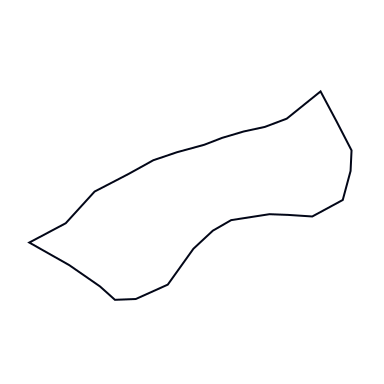 Galata, Nicosia, Cyprus (Mercator projection), rotated 188°
{"feature_id": "46923920B36410196498995", "entity_name": "Galata", "entity_type": "district", "adm_level": 2, "iso_a3": "CYP", "parent_name": "Cyprus", "parent_adm1": "Nicosia", "projection": "mercator", "projection_center": [32.883, 34.989], "detail": "fine", "context": "isolated", "style": "outline", "palette": "ink", "viewbox_px": 384, "rotation_deg": 188, "n_neighbors": 0, "source": "geoboundaries", "source_scale": "gbopen_adm2", "svg_char_len": 491}
<svg xmlns="http://www.w3.org/2000/svg" viewBox="0 0 384 384"><g transform="rotate(188 192 192)"><path d="M346.1,119.3L303.4,102.5L270.0,85.7L253.3,74.5L232.8,78.2L203.1,96.9L182.7,136.0L166.0,156.6L149.3,169.6L112.2,180.8L93.6,182.7L69.5,184.5L41.6,205.1L37.9,234.9L39.8,255.4L58.3,281.5L78.7,309.5L108.4,277.8L128.9,266.6L149.3,259.1L169.7,249.8L186.4,240.5L212.4,229.3L234.7,218.1L257.0,201.3L288.5,178.9L312.7,143.5L346.1,119.3Z" fill="none" stroke="#020617" stroke-width="2"/></g></svg>